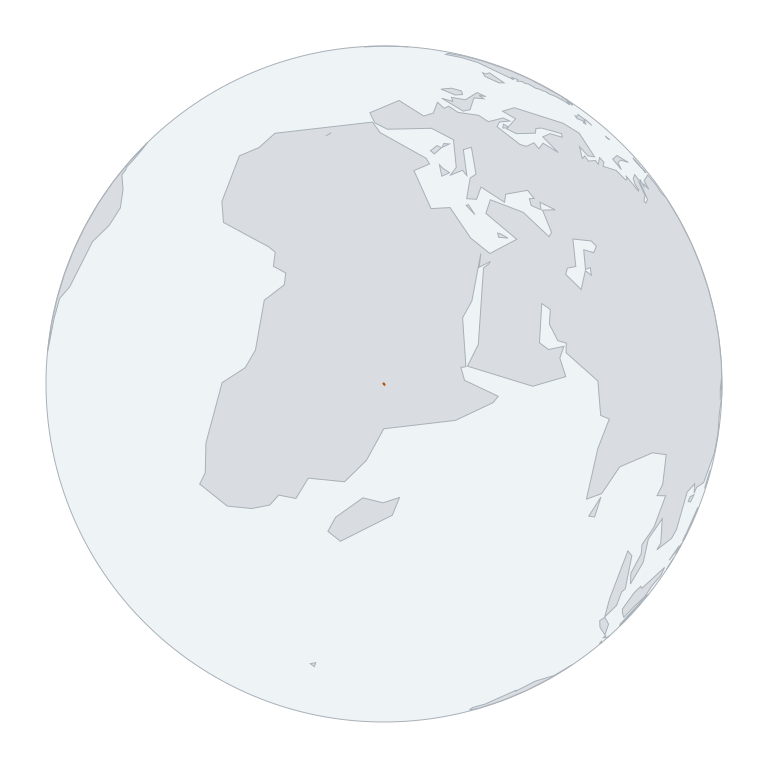 Sironko on an orthographic globe, rotated 40°
{"feature_id": "UGA-3114", "entity_name": "Sironko", "entity_type": "County", "adm_level": 1, "iso_a3": "UGA", "parent_name": "Uganda", "parent_adm1": "", "projection": "orthographic", "projection_center": [34.329, 1.164], "detail": "fine", "context": "on_globe", "style": "filled", "palette": "amber", "viewbox_px": 768, "rotation_deg": 40, "n_neighbors": 0, "source": "natural_earth", "source_scale": "10m", "svg_char_len": 6708}
<svg xmlns="http://www.w3.org/2000/svg" viewBox="0 0 768 768"><g transform="rotate(40 384 384)"><circle cx="384" cy="384" r="338" fill="#eef3f6" stroke="#a8b0b8"/><path d="M186.0,110.1L181.9,113.2L176.6,117.2L173.9,119.3L186.0,110.1ZM47.7,351.2L48.0,359.8L47.9,374.4L47.4,383.3L48.6,386.2L48.7,392.1L59.1,402.8L68.8,418.6L71.5,439.2L69.2,462.3L80.8,511.8L80.5,527.0L89.6,546.8L105.3,575.0L104.9,574.5L91.0,552.3L78.9,529.2L68.6,505.2L60.1,480.5L53.7,455.2L49.1,429.4L46.6,403.4L46.1,377.3L47.7,351.2ZM650.9,176.7L649.9,175.5L644.8,169.1L650.9,176.7ZM644.5,168.8L646.6,172.2L639.0,162.8L644.3,171.0L651.1,179.1L652.1,178.7L660.0,191.2L671.3,206.8L681.4,224.5L692.2,254.1L689.9,262.2L691.6,268.1L686.1,260.7L685.7,271.9L701.5,307.3L703.5,317.4L699.6,335.7L698.3,328.0L683.8,308.4L686.0,332.6L697.2,354.0L701.3,378.7L694.8,370.4L690.2,348.8L684.9,341.2L682.8,319.9L671.6,288.6L664.9,294.0L662.0,281.7L645.6,256.7L633.9,264.1L617.8,296.0L621.2,328.0L613.1,342.1L589.3,296.0L579.1,266.0L570.2,268.8L545.9,244.2L503.3,243.0L497.4,235.5L489.4,239.1L472.3,231.9L463.5,220.0L453.1,221.0L476.6,252.5L487.9,251.8L497.6,239.5L502.0,251.1L518.5,261.5L499.4,290.1L436.5,316.7L430.8,293.0L385.6,231.1L387.2,224.4L387.0,223.6L386.5,222.3L381.9,233.3L374.3,221.8L397.9,263.8L401.6,282.7L435.6,318.1L432.3,321.9L443.3,329.4L479.4,320.0L479.5,328.1L462.2,365.8L412.6,418.4L419.6,453.8L416.6,484.3L386.5,504.8L390.1,528.3L374.7,536.8L374.3,550.2L362.5,564.6L342.3,578.3L307.1,579.1L304.2,567.0L285.5,543.6L259.1,487.0L267.2,460.7L263.7,440.6L238.4,396.7L243.9,372.1L237.3,362.1L223.6,364.9L216.0,353.0L207.8,353.0L157.2,363.4L142.5,348.4L126.6,302.2L136.3,283.1L139.3,262.0L206.8,190.8L219.7,193.9L271.2,184.0L277.4,186.2L269.8,201.3L307.3,219.4L321.2,206.4L356.6,216.5L381.2,216.0L392.7,187.8L352.4,187.8L347.0,174.5L380.4,163.0L415.8,165.1L414.8,160.1L393.7,148.9L403.2,140.5L386.6,144.6L392.3,149.5L382.1,152.7L376.2,148.6L379.8,145.4L369.5,143.3L355.2,160.4L359.5,167.3L331.7,170.8L336.2,183.0L328.2,188.9L317.6,170.8L319.6,164.1L298.8,146.5L294.1,153.5L313.5,171.1L306.8,169.8L300.7,181.2L300.1,171.6L280.2,152.2L256.0,157.6L222.9,186.6L209.2,189.9L198.8,185.3L213.3,157.1L242.2,153.2L247.6,144.8L243.8,133.8L252.9,134.1L254.9,129.6L266.0,128.4L283.7,117.4L295.3,116.0L304.2,103.7L311.3,101.7L304.0,109.2L305.2,114.3L334.2,113.1L340.4,110.4L343.8,102.9L351.4,104.2L351.0,97.3L368.7,94.7L346.8,92.6L350.3,85.5L361.9,80.4L359.1,78.1L340.1,86.7L336.1,90.7L338.8,94.5L324.4,107.2L314.0,109.7L314.3,96.2L299.5,98.8L306.2,88.6L353.5,69.2L372.3,66.4L399.2,74.6L393.7,78.1L381.3,76.6L391.0,83.8L391.1,80.3L397.3,81.9L402.2,76.9L406.9,77.9L403.6,72.0L409.9,72.7L411.9,76.4L424.5,71.2L438.1,72.4L438.7,70.9L435.4,68.9L454.8,72.7L454.4,71.5L447.9,69.7L442.8,66.4L441.4,62.5L448.2,63.9L449.6,65.5L462.8,71.8L465.6,76.8L468.2,77.1L467.4,73.3L451.3,65.4L448.6,62.7L457.1,65.9L453.8,64.5L454.5,63.7L461.6,64.6L452.6,61.2L451.7,54.4L465.3,56.7L473.0,59.4L479.5,59.9L483.1,60.9L506.3,69.0L528.9,78.7L550.8,90.1L571.7,103.0L591.7,117.4L610.5,133.2L628.2,150.4L644.5,168.8ZM182.1,225.4L179.9,231.6L182.1,225.4ZM452.7,183.2L474.3,184.9L465.4,167.8L473.0,167.4L467.2,162.2L464.7,166.7L450.7,152.8L460.3,148.6L458.1,142.0L450.8,141.2L435.5,151.5L455.4,170.7L450.0,177.4L452.7,183.2ZM168.8,123.4L174.3,119.1L166.0,125.8L160.3,131.0L152.3,138.5L156.9,134.0L153.0,137.4L154.9,135.6L168.8,123.4ZM255.0,109.7L258.1,111.8L252.8,116.8L238.1,121.5L245.6,114.0L255.0,109.7ZM263.7,113.9L268.0,100.9L277.3,98.4L271.4,101.8L277.1,101.4L269.0,107.0L273.6,118.6L269.3,124.0L244.5,128.0L255.0,123.3L251.4,121.1L263.7,113.9ZM262.8,81.0L264.8,77.8L282.4,76.1L278.5,79.4L263.6,83.5L259.5,82.1L262.8,81.0ZM333.8,49.8L337.3,49.3L335.9,49.9L341.2,49.1L349.0,48.5L348.9,49.4L342.0,49.7L346.9,50.8L337.1,51.8L338.3,51.9L330.6,53.4L323.4,55.8L319.2,56.2L318.2,57.0L313.1,58.4L310.3,59.9L301.8,61.4L297.7,63.5L296.0,63.2L291.1,66.5L290.9,64.8L284.3,67.2L288.0,67.5L249.0,77.5L232.8,84.5L219.4,91.9L220.8,89.3L234.3,81.5L253.0,72.7L268.4,66.9L266.3,67.4L273.0,65.0L271.9,65.6L277.6,63.3L282.9,61.7L299.6,56.8L300.4,56.6L333.8,49.8ZM342.4,48.6L340.9,48.8L339.1,49.1L342.4,48.6ZM285.5,180.4L290.4,180.9L298.4,180.0L294.7,187.7L285.5,180.4ZM271.4,167.2L276.1,166.1L274.7,175.4L269.6,175.4L271.4,167.2ZM279.8,158.1L276.4,165.3L275.2,161.4L279.8,158.1ZM308.5,108.2L313.5,107.1L313.6,108.8L310.3,111.6L308.5,108.2ZM361.2,56.6L358.1,55.7L359.9,55.2L359.4,52.8L366.6,52.4L369.7,53.7L361.2,56.6ZM385.2,192.6L377.5,197.9L374.0,195.3L377.4,193.9L385.2,192.6ZM333.4,192.3L344.7,195.8L332.2,194.4L333.4,192.3ZM368.9,55.7L367.9,54.6L372.1,55.1L368.9,55.7ZM371.8,52.0L377.0,52.4L367.4,52.1L371.8,52.0ZM510.9,641.3L512.3,645.3L507.3,645.6L510.9,641.3ZM474.7,479.1L451.7,532.5L435.7,532.9L432.6,517.2L441.0,484.8L459.7,475.6L468.8,461.0L474.7,479.1ZM715.8,440.7L716.2,442.9L715.9,444.5L715.8,440.7ZM715.6,434.5L716.7,435.8L714.8,437.9L715.6,434.5ZM716.9,436.3L718.0,434.0L718.5,431.7L718.0,435.0L716.9,436.3ZM714.5,434.2L705.8,431.5L701.3,426.5L703.2,420.8L710.4,423.6L714.5,434.2ZM702.8,420.6L694.8,403.2L678.1,355.1L684.2,356.2L700.5,385.8L699.7,390.6L704.5,404.2L702.8,420.6ZM718.7,393.7L717.7,408.6L713.6,406.0L711.3,403.0L709.8,383.4L710.7,373.9L712.9,374.7L716.8,344.1L719.1,352.8L718.9,365.8L720.4,379.3L718.7,393.7ZM622.8,331.1L630.8,350.5L625.8,353.6L622.8,331.1ZM715.1,322.7L715.7,335.7L714.1,318.0L715.1,322.7ZM712.2,305.9L713.8,312.9L711.8,305.8L712.2,305.9ZM694.6,277.4L692.5,278.5L690.9,273.7L692.6,269.5L694.6,277.4ZM689.1,239.9L695.1,253.5L696.8,258.0L692.9,249.4L689.1,239.9ZM428.8,57.2L421.4,60.4L420.8,64.0L428.0,67.2L414.7,64.7L415.6,59.2L428.8,57.2ZM448.1,54.2L441.8,52.5L446.6,53.1L448.7,53.6L448.1,54.2ZM442.9,53.2L431.5,51.6L429.2,50.6L438.7,52.0L442.9,53.2ZM400.1,51.7L397.4,52.4L394.1,51.8L400.1,51.7ZM664.8,572.0L658.9,578.7L659.8,574.8L666.8,564.9L681.9,533.9L682.3,534.8L690.9,514.3L701.6,498.2L708.5,478.3L700.3,502.9L690.3,526.8L678.4,549.9L664.8,572.0ZM716.9,442.3L716.5,444.2L717.0,441.3L716.9,442.3ZM721.8,376.8L721.0,383.1L721.2,392.7L721.9,387.7L721.3,395.6L720.7,411.7L720.1,417.4L721.0,399.9L719.6,417.0L719.2,416.3L719.9,401.2L720.9,383.6L721.2,376.7L721.8,375.8L721.8,376.8ZM719.6,344.2L718.7,338.0L719.0,342.0L717.7,330.5L719.6,344.2ZM716.5,323.8L716.9,327.2L715.4,318.2L716.5,323.8ZM716.1,323.0L714.4,314.7L715.0,316.3L716.1,323.0ZM709.8,296.2L713.9,310.7L711.4,303.5L703.8,277.2L704.3,277.2L709.8,296.2Z" fill="#d9dde1" stroke="#a8b0b8" stroke-width="1"/><path d="M384.8,384.4L384.4,384.3L384.2,384.5L384.0,384.4L383.8,384.3L383.7,384.4L383.4,384.3L383.3,384.2L383.1,384.1L383.2,383.8L383.3,383.5L383.9,383.6L384.3,383.7L384.4,383.9L384.7,383.9L385.0,384.0L385.1,384.4L384.8,384.4Z" fill="#f59e0b" stroke="#b45309" stroke-width="1.5"/></g></svg>